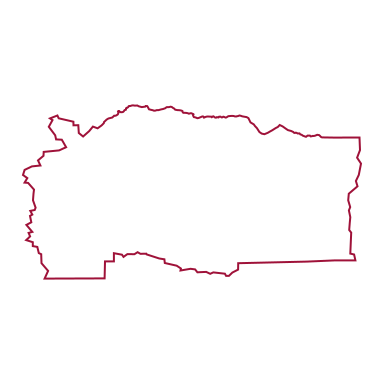 the district of Linn, Oregon, United States of America
{"feature_id": "52423323B85649045718623", "entity_name": "Linn", "entity_type": "district", "adm_level": 2, "iso_a3": "USA", "parent_name": "United States of America", "parent_adm1": "Oregon", "projection": "natural_earth1", "projection_center": [-122.562, 44.497], "detail": "fine", "context": "isolated", "style": "outline", "palette": "rose", "viewbox_px": 384, "rotation_deg": 0, "n_neighbors": 0, "source": "geoboundaries", "source_scale": "gbopen_adm2", "svg_char_len": 3700}
<svg xmlns="http://www.w3.org/2000/svg" viewBox="0 0 384 384"><path d="M50.0,118.4L52.5,120.1L48.8,126.8L55.2,135.3L56.1,139.4L61.8,139.7L66.1,147.2L59.1,150.4L43.7,151.9L43.5,155.8L38.0,160.4L40.4,165.5L31.9,166.4L24.6,169.9L23.0,175.0L27.3,178.1L24.6,182.6L28.1,182.9L34.0,189.6L33.5,193.7L33.0,200.3L35.6,207.7L34.7,210.0L30.3,210.9L32.3,214.6L30.0,215.9L31.3,222.3L26.4,224.9L32.3,231.9L28.6,232.9L30.1,236.4L26.2,240.1L32.8,242.2L32.8,246.1L37.3,246.9L38.8,253.1L41.2,254.2L41.5,263.2L48.1,270.9L44.6,278.6L104.6,278.4L105.0,261.4L113.9,261.4L113.9,253.2L122.0,254.7L123.5,256.9L127.4,254.1L134.4,254.2L137.6,252.2L140.4,253.8L146.3,253.7L146.6,254.4L159.3,258.5L164.4,259.3L164.8,263.0L176.7,265.7L180.9,268.5L180.5,270.5L190.5,268.8L195.1,269.4L197.4,272.3L206.2,271.9L210.2,273.8L213.3,272.4L224.9,273.7L226.1,275.9L228.9,275.9L232.3,272.6L238.1,269.6L238.2,263.2L306.8,261.6L334.7,260.4L355.4,260.4L354.1,254.5L350.3,253.6L351.2,232.6L349.2,230.0L349.8,222.4L350.3,217.2L348.9,210.4L350.2,207.1L348.2,200.3L348.8,193.7L357.5,186.3L355.9,181.0L358.8,174.9L361.0,163.6L357.1,157.7L360.0,150.1L359.5,137.5L356.2,137.5L335.0,137.6L322.0,137.4L320.9,136.9L320.1,136.0L319.1,135.1L317.2,134.8L315.1,135.7L313.7,136.0L312.8,135.9L311.9,136.2L310.7,136.4L309.9,135.6L307.6,135.6L306.0,136.8L304.5,136.3L302.7,135.6L301.7,134.8L300.3,134.4L299.5,133.4L297.7,133.5L296.5,132.8L295.4,132.7L294.9,133.0L293.9,132.7L293.3,132.0L291.2,131.0L287.9,130.1L285.4,128.4L284.3,127.6L282.6,126.4L279.7,125.0L277.8,127.0L275.8,128.0L272.2,130.3L270.0,131.5L267.8,132.8L264.4,134.2L261.7,133.6L259.4,132.0L256.9,128.1L255.0,126.1L253.8,124.4L250.5,122.4L248.4,118.1L246.6,117.1L245.4,116.9L243.7,116.6L242.1,116.3L240.8,115.8L239.5,115.5L237.9,116.1L236.6,116.3L236.2,116.5L234.8,116.4L233.7,116.0L232.2,115.9L230.3,116.0L229.3,116.1L228.3,116.2L226.9,117.1L226.4,117.4L225.8,117.6L225.4,117.5L224.7,117.2L223.8,116.8L223.2,116.7L222.7,117.1L222.1,117.4L221.6,117.4L221.0,117.0L220.6,116.7L220.0,116.6L219.6,116.7L218.9,116.8L218.7,117.3L218.3,117.5L217.6,117.3L217.0,117.1L216.5,117.3L216.0,117.7L215.4,117.6L214.8,117.4L214.2,116.9L213.7,116.5L213.2,116.3L212.6,116.6L212.1,117.0L211.8,117.2L211.5,116.9L211.3,116.7L210.7,116.7L210.0,116.6L209.1,116.6L208.2,116.5L207.5,116.5L206.8,116.6L206.0,116.8L205.3,117.0L204.8,117.3L204.1,117.6L203.9,117.6L203.8,117.3L203.9,117.0L203.4,116.7L202.9,116.4L201.9,116.6L201.0,117.0L199.8,117.5L198.6,118.0L197.3,118.2L196.0,117.6L194.6,117.2L193.9,117.1L193.5,116.5L193.3,116.0L193.0,115.1L193.3,114.7L193.5,114.3L193.3,114.1L192.4,113.7L191.1,113.2L190.3,113.3L189.6,113.5L188.9,113.7L187.8,113.2L186.2,112.9L184.6,112.8L183.3,112.8L182.6,112.0L182.4,111.0L181.7,110.7L180.7,110.4L179.3,110.2L177.4,110.1L175.2,109.7L174.1,108.5L173.1,108.0L171.8,107.0L170.6,106.7L169.0,107.1L166.9,107.1L166.0,107.6L165.3,108.2L163.1,109.0L161.1,109.4L158.6,110.1L156.8,110.1L155.4,110.6L154.0,110.7L153.3,110.4L152.3,110.1L151.3,109.9L149.0,109.3L147.8,107.0L147.2,106.1L145.7,106.0L145.3,106.6L141.8,107.1L138.8,106.3L137.3,105.5L135.9,105.6L134.5,105.6L133.5,105.4L132.2,105.4L131.2,105.7L130.3,106.0L129.1,106.0L128.6,106.3L128.3,107.0L127.3,107.8L126.6,107.8L126.0,108.4L126.0,109.2L125.8,109.8L125.0,110.0L124.6,110.1L124.0,111.0L123.3,111.8L122.5,112.1L121.8,112.2L121.0,112.2L120.3,112.1L119.7,111.6L119.1,111.0L118.4,111.0L118.0,111.5L118.3,112.3L118.3,113.2L117.8,114.4L116.8,115.1L116.1,115.5L115.4,115.7L114.7,115.8L114.2,115.7L112.3,117.5L108.4,118.5L106.6,119.6L104.0,122.1L103.8,123.2L101.6,125.4L97.6,128.3L92.9,126.6L89.2,131.1L83.1,136.5L78.8,133.0L78.3,125.2L73.5,125.3L73.4,121.7L58.7,118.3L57.4,115.5L50.0,118.4Z" fill="none" stroke="#9f1239" stroke-width="2"/></svg>